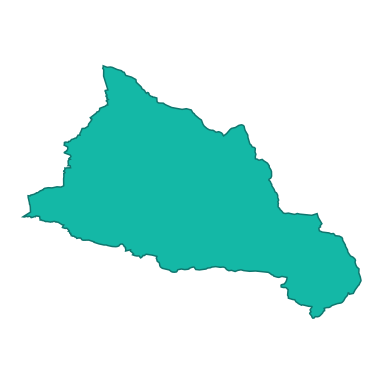 the district of Certeze, Satu Mare, Romania
{"feature_id": "2599482B10692597376831", "entity_name": "Certeze", "entity_type": "district", "adm_level": 2, "iso_a3": "ROU", "parent_name": "Romania", "parent_adm1": "Satu Mare", "projection": "robinson", "projection_center": [23.542, 47.91], "detail": "fine", "context": "isolated", "style": "filled", "palette": "teal", "viewbox_px": 384, "rotation_deg": 0, "n_neighbors": 0, "source": "geoboundaries", "source_scale": "gbopen_adm2", "svg_char_len": 5922}
<svg xmlns="http://www.w3.org/2000/svg" viewBox="0 0 384 384"><path d="M135.9,79.6L131.5,77.1L125.7,75.4L124.2,72.3L122.7,71.9L121.5,70.7L117.1,69.5L112.4,67.4L110.4,67.0L107.1,67.3L103.2,65.8L103.2,67.4L102.7,68.2L103.7,69.8L103.6,76.1L107.9,89.9L105.2,90.5L105.2,91.5L105.9,92.3L105.7,92.7L105.9,93.8L106.5,94.2L106.9,95.0L106.9,95.7L106.0,96.0L106.0,96.3L106.7,97.2L107.2,97.4L107.5,98.5L107.0,98.6L107.2,99.2L108.1,99.6L106.5,100.5L106.3,100.9L107.4,101.7L107.7,105.0L106.6,105.0L105.3,106.2L99.8,108.3L99.6,108.7L99.7,109.7L98.7,111.5L96.9,112.0L96.0,113.4L94.1,114.7L93.5,115.4L92.6,115.9L91.0,117.3L90.4,117.5L90.7,117.9L90.6,118.5L90.9,118.8L91.6,118.7L91.9,119.1L91.4,120.4L88.6,124.1L88.2,126.2L84.9,128.3L82.1,128.5L80.8,131.9L80.1,133.0L79.8,134.4L80.0,135.2L78.1,135.1L76.4,137.9L74.9,138.2L73.4,139.0L71.5,139.5L70.0,141.3L68.7,141.4L68.3,142.3L65.5,142.1L64.5,142.4L64.4,142.7L64.8,142.7L64.8,143.1L64.1,145.1L67.7,147.0L67.8,148.8L67.4,149.9L66.8,150.4L66.7,151.0L66.4,150.9L66.2,151.2L64.8,152.0L64.3,152.4L64.4,152.9L70.1,155.0L71.0,156.3L70.7,157.0L69.0,158.5L70.1,159.3L68.9,159.6L68.1,161.0L68.3,164.2L68.5,164.5L68.5,165.0L68.0,165.7L70.2,165.8L70.6,167.8L66.7,167.9L65.7,168.2L64.9,168.0L64.9,169.6L64.4,170.6L63.9,170.7L63.7,171.6L64.6,171.9L65.0,172.5L64.3,173.6L63.8,173.6L63.9,176.8L63.6,178.7L63.7,185.8L61.0,187.1L57.0,186.8L52.0,187.9L48.3,187.7L44.7,188.3L43.7,188.9L43.2,189.7L42.6,189.7L41.5,190.5L40.4,190.7L37.8,192.7L36.5,192.8L36.3,193.2L35.3,193.5L34.6,194.1L30.5,195.2L30.4,195.7L30.0,195.9L28.1,195.7L28.2,197.5L29.4,202.6L29.5,204.1L30.0,205.0L30.3,207.0L30.5,212.1L23.0,216.8L24.3,217.0L26.5,216.4L27.4,216.5L27.9,216.8L28.4,216.4L29.5,216.3L30.9,216.9L31.0,217.5L31.3,217.6L33.0,217.2L34.1,216.6L35.3,216.8L36.1,215.9L39.6,216.5L40.2,220.1L41.3,219.8L42.1,220.5L43.4,220.6L45.6,221.6L47.1,221.5L50.8,222.1L51.8,221.7L52.3,221.9L53.0,221.5L54.9,221.4L55.6,222.0L56.4,221.8L56.7,222.1L58.1,222.2L62.3,224.8L63.7,225.0L62.4,227.5L65.2,228.4L66.8,228.2L67.5,228.8L69.1,230.6L68.5,231.2L69.3,231.4L69.8,233.1L70.7,233.4L70.7,234.4L71.2,235.0L71.3,235.7L71.9,235.7L72.4,236.1L74.0,236.2L74.9,237.0L75.9,237.2L76.8,238.4L78.4,238.0L80.6,238.1L81.1,238.5L81.7,239.6L83.0,240.2L88.9,240.1L94.2,241.9L94.1,242.3L99.0,243.9L104.1,245.0L106.6,245.0L107.2,245.4L112.2,246.5L115.9,246.7L117.3,246.5L118.9,245.9L119.6,244.9L120.6,244.1L122.4,244.0L123.5,245.1L124.3,246.6L125.1,247.1L125.6,247.8L125.4,248.6L125.8,249.3L125.6,251.0L130.6,249.8L130.5,251.2L131.8,252.1L133.5,253.9L132.6,254.8L134.8,255.6L136.9,256.0L139.0,255.9L140.6,257.9L141.5,257.4L142.7,256.2L143.0,255.5L144.4,255.5L146.1,254.2L152.2,255.1L156.9,256.4L156.3,258.4L157.0,259.8L157.0,260.8L157.5,261.5L158.9,262.4L159.4,263.2L159.8,265.6L160.4,266.9L162.3,268.3L169.4,270.0L171.3,271.6L172.8,272.1L174.8,272.2L176.5,271.9L176.9,271.5L177.6,270.0L178.0,269.7L181.3,269.0L184.7,269.6L187.7,269.3L188.9,269.0L189.0,268.5L191.4,267.5L193.4,267.0L194.3,267.3L195.7,269.5L199.5,269.9L206.1,269.0L207.5,268.1L210.6,267.7L211.7,267.1L215.7,266.6L220.2,267.3L223.4,267.0L225.5,267.9L225.8,268.6L226.6,269.5L228.2,270.4L228.9,270.7L231.5,270.3L235.1,271.5L237.8,270.4L241.0,269.8L243.7,270.6L249.7,271.3L255.5,271.0L268.1,272.3L269.4,272.9L271.7,274.7L273.0,275.1L273.8,276.1L277.1,277.1L278.9,277.4L281.9,276.4L287.0,277.4L286.9,279.1L286.1,281.5L284.4,283.9L281.3,284.8L281.0,285.6L281.2,287.0L283.3,287.5L285.4,287.5L286.5,287.9L287.4,289.1L288.1,289.5L287.6,295.1L288.3,296.5L288.4,298.2L293.1,299.6L294.7,299.7L295.9,301.7L297.9,303.1L298.2,303.5L301.5,305.2L302.5,304.8L308.7,306.3L311.8,306.5L312.0,306.7L311.8,307.3L310.1,309.8L311.0,311.9L310.1,312.5L309.7,313.6L311.5,315.8L312.2,317.5L312.9,318.2L314.2,317.9L315.2,316.6L317.5,316.8L319.0,316.4L320.2,315.5L322.5,313.1L323.6,311.1L324.6,310.7L324.6,309.5L324.1,308.6L324.2,308.3L326.5,307.6L328.9,307.5L330.7,306.7L331.4,305.8L332.5,305.3L337.4,303.6L340.9,303.0L342.2,302.3L343.6,300.8L345.4,297.6L346.9,296.1L347.7,294.8L348.2,292.9L348.9,293.0L349.5,294.2L353.3,293.4L355.1,289.9L358.3,285.5L359.2,284.7L359.5,283.7L360.9,281.0L361.0,280.4L360.3,277.0L358.8,272.8L359.0,268.9L356.8,266.9L355.9,265.1L355.0,262.1L355.5,260.2L354.7,258.7L352.9,257.1L350.5,256.0L348.1,252.5L347.7,251.4L347.5,249.9L345.5,246.3L345.3,244.9L342.7,240.3L342.5,238.5L341.8,237.4L339.2,236.1L335.2,235.7L334.5,234.4L333.3,233.5L331.0,233.8L329.0,232.9L322.4,232.1L319.4,230.8L318.8,228.6L319.3,227.6L320.5,226.9L320.2,225.7L321.9,223.7L318.3,217.6L317.1,213.6L311.8,215.3L299.7,214.1L297.2,213.5L295.8,214.1L294.3,214.4L288.4,213.1L285.3,213.5L283.4,213.1L281.3,210.6L280.1,209.6L279.6,208.4L278.5,207.4L278.0,206.5L278.2,205.1L278.0,204.6L278.4,203.5L277.8,201.7L278.5,200.6L278.6,199.9L277.7,197.6L277.7,195.5L277.5,194.8L276.5,192.9L275.1,192.0L274.0,189.2L271.8,185.8L271.7,184.2L271.2,183.8L270.3,181.5L268.8,180.0L269.0,179.3L270.8,178.0L271.5,176.5L271.6,175.8L271.5,171.6L270.8,169.7L269.3,167.3L269.2,165.8L267.5,163.2L263.8,160.8L262.2,159.4L259.1,160.2L258.3,160.0L257.6,159.3L255.4,158.8L255.3,156.6L255.9,154.2L255.0,152.0L255.3,148.6L254.6,147.6L252.7,147.1L252.0,146.7L251.3,145.2L249.8,143.8L247.9,137.3L247.8,135.1L245.1,130.4L244.5,128.3L244.2,126.7L243.8,125.9L242.7,125.1L241.3,124.8L238.8,125.4L235.4,127.5L231.5,128.4L230.1,129.5L226.6,133.6L223.6,135.9L223.0,135.2L222.8,134.4L221.6,133.0L220.1,132.2L218.7,131.7L216.4,132.2L215.3,131.9L214.8,131.3L212.9,130.2L211.7,130.3L209.3,129.8L207.0,128.5L204.2,126.1L203.0,124.3L201.4,120.0L199.0,118.4L195.1,115.1L194.2,113.7L192.7,112.6L191.3,110.0L186.4,108.7L182.1,109.4L171.7,107.5L166.5,105.2L164.2,104.0L164.0,103.6L163.4,103.2L158.7,103.0L158.1,102.7L157.0,101.7L156.8,98.0L154.2,97.2L152.7,97.1L152.4,96.6L151.0,96.3L149.7,95.4L148.8,94.1L149.0,93.8L148.4,92.8L147.6,92.5L146.4,93.3L145.2,91.8L144.5,90.4L141.7,88.6L141.6,87.7L141.0,86.7L136.3,82.3L135.9,79.6Z" fill="#14b8a6" stroke="#0f766e" stroke-width="1.5"/></svg>